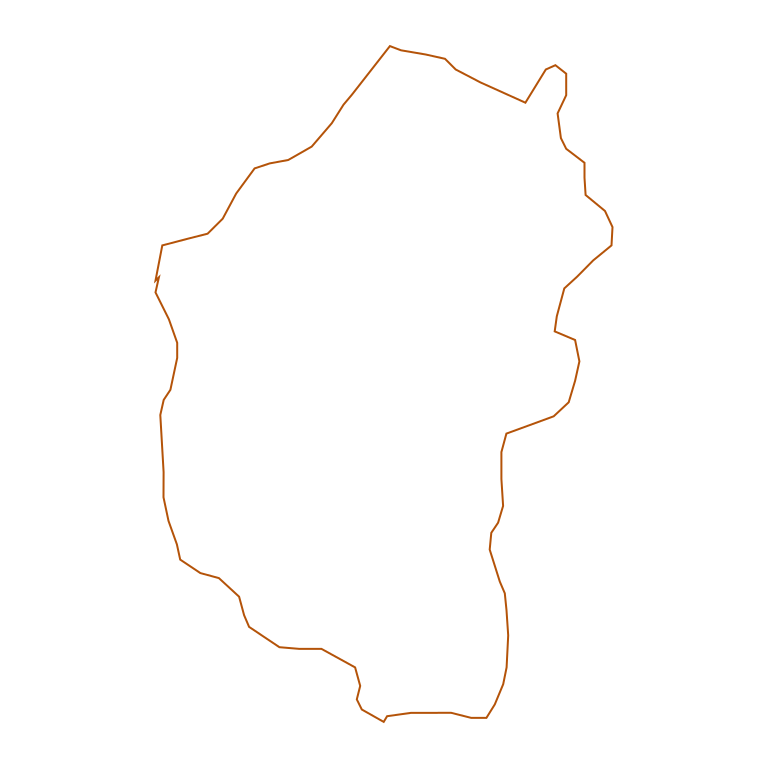 Yeongyang-gun, North Gyeongsang, South Korea (orthographic projection)
{"feature_id": "91817680B35472999009946", "entity_name": "Yeongyang-gun", "entity_type": "district", "adm_level": 2, "iso_a3": "KOR", "parent_name": "South Korea", "parent_adm1": "North Gyeongsang", "projection": "orthographic", "projection_center": [129.155, 36.686], "detail": "fine", "context": "isolated", "style": "outline", "palette": "amber", "viewbox_px": 768, "rotation_deg": 0, "n_neighbors": 0, "source": "geoboundaries", "source_scale": "gbopen_adm2", "svg_char_len": 1195}
<svg xmlns="http://www.w3.org/2000/svg" viewBox="0 0 768 768"><path d="M389.9,46.1L351.9,94.7L343.5,104.7L331.8,123.2L311.7,146.6L288.2,160.0L269.7,163.4L254.6,168.4L236.2,193.5L222.7,218.7L207.6,233.7L187.5,238.8L162.3,245.4L155.5,280.6L158.9,277.3L155.5,292.4L168.9,319.3L177.2,342.8L177.2,357.9L170.4,389.8L163.7,399.9L160.3,415.0L163.6,472.1L163.5,497.3L168.5,520.9L176.9,544.4L179.5,556.4L180.2,559.6L200.4,573.1L218.9,578.1L239.1,596.7L244.1,615.2L249.1,626.9L279.4,647.2L299.6,648.9L321.5,648.9L355.1,667.4L360.2,685.9L356.8,699.4L361.8,709.5L383.7,721.9L387.1,716.2L410.7,712.9L451.1,712.8L471.3,717.9L486.4,717.9L494.8,704.4L503.2,684.2L506.6,667.4L508.2,635.4L506.5,610.2L504.8,593.3L499.8,581.6L489.7,549.6L491.3,532.8L498.1,522.7L503.1,505.9L501.4,479.0L501.4,452.1L506.4,433.6L553.7,416.3L568.7,402.3L575.1,380.8L579.4,361.4L575.1,340.0L554.7,331.4L556.8,316.3L564.3,288.4L577.2,276.6L593.2,260.4L611.5,245.4L612.5,227.1L605.0,211.0L585.6,195.0L584.5,177.8L584.5,162.8L566.2,148.8L560.9,138.1L557.6,113.4L566.2,95.2L566.2,73.7L555.4,65.2L545.8,69.5L525.4,102.7L480.4,82.4L455.7,69.5L445.0,58.8L425.7,54.5L401.0,50.3L389.9,46.1Z" fill="none" stroke="#b45309" stroke-width="2"/></svg>